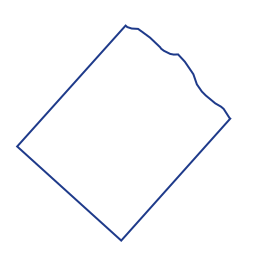 Alcona, Michigan, United States of America, rotated 312°
{"feature_id": "52423323B96820900190034", "entity_name": "Alcona", "entity_type": "district", "adm_level": 2, "iso_a3": "USA", "parent_name": "United States of America", "parent_adm1": "Michigan", "projection": "orthographic", "projection_center": [-83.376, 44.684], "detail": "fine", "context": "isolated", "style": "outline", "palette": "blue", "viewbox_px": 256, "rotation_deg": 312, "n_neighbors": 0, "source": "geoboundaries", "source_scale": "gbopen_adm2", "svg_char_len": 443}
<svg xmlns="http://www.w3.org/2000/svg" viewBox="0 0 256 256"><g transform="rotate(312 128 128)"><path d="M39.8,198.3L203.4,197.7L203.4,196.6L206.2,186.3L206.1,182.9L204.7,176.3L204.2,164.0L204.5,158.5L206.5,150.0L211.7,140.6L215.3,125.9L216.2,116.0L213.2,112.9L211.3,109.8L209.4,103.0L209.1,99.5L209.5,98.0L209.9,83.9L208.4,69.2L204.4,64.2L202.5,59.9L202.5,57.7L40.1,58.0L39.8,198.3Z" fill="none" stroke="#1e3a8a" stroke-width="2"/></g></svg>